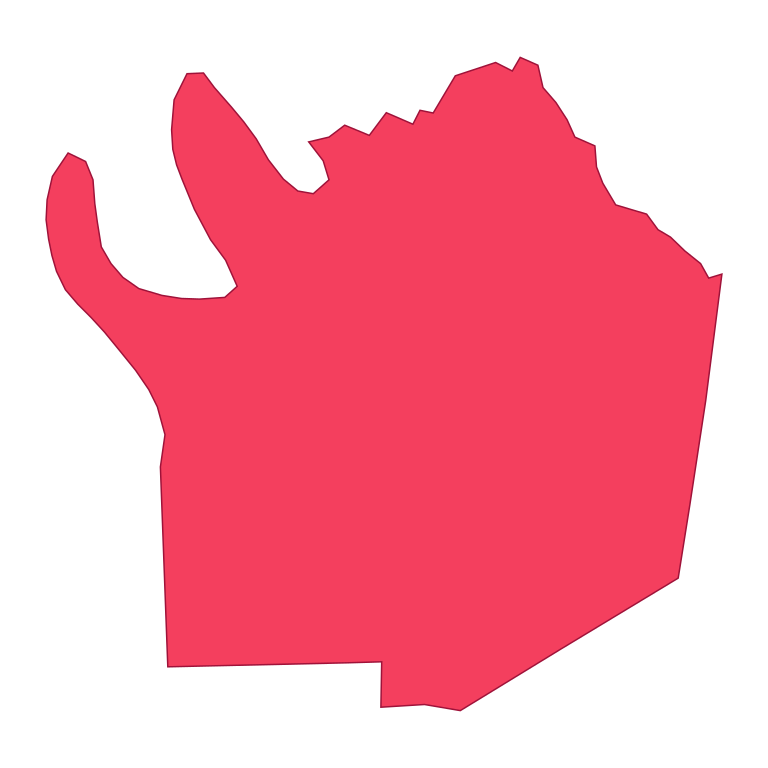 Nova Itaberaba, Santa Catarina, Brazil
{"feature_id": "56859067B19275359391093", "entity_name": "Nova Itaberaba", "entity_type": "district", "adm_level": 2, "iso_a3": "BRA", "parent_name": "Brazil", "parent_adm1": "Santa Catarina", "projection": "equal_earth", "projection_center": [-52.854, -26.96], "detail": "fine", "context": "isolated", "style": "filled", "palette": "rose", "viewbox_px": 768, "rotation_deg": 0, "n_neighbors": 0, "source": "geoboundaries", "source_scale": "gbopen_adm2", "svg_char_len": 1188}
<svg xmlns="http://www.w3.org/2000/svg" viewBox="0 0 768 768"><path d="M721.9,274.1L708.7,278.1L700.6,263.6L684.9,251.0L670.5,237.1L658.0,229.7L646.6,214.1L631.7,209.7L615.7,204.9L602.8,183.2L596.5,166.9L594.9,145.9L574.9,137.1L567.1,119.8L555.9,102.5L543.0,87.6L537.9,65.2L520.2,57.4L512.3,71.0L495.6,62.5L455.3,75.8L433.2,113.0L420.0,110.3L412.9,124.2L386.3,112.7L369.3,135.4L344.7,125.2L329.0,137.1L308.7,141.9L323.2,160.8L329.0,179.8L313.3,193.7L297.8,191.0L283.4,179.1L268.4,159.8L256.2,138.8L243.8,121.9L231.9,107.6L214.4,87.6L203.5,73.0L187.0,73.7L174.1,99.8L171.6,129.7L172.8,149.3L176.6,164.9L182.0,179.1L194.4,209.3L210.6,239.8L225.6,260.2L237.2,286.3L224.8,297.4L199.5,299.1L181.5,298.5L161.9,295.4L138.9,288.6L122.9,277.4L111.0,263.6L101.3,246.9L97.3,221.9L94.8,203.6L93.0,179.8L85.6,161.5L68.1,153.0L52.4,176.4L47.1,199.8L46.1,219.8L48.6,239.1L51.9,255.4L56.5,271.3L65.4,289.7L77.8,304.2L91.0,317.4L104.4,332.0L119.4,350.3L135.6,370.3L148.8,389.6L157.4,406.9L165.0,434.7L160.4,466.9L167.8,666.8L347.2,662.8L381.7,661.8L380.9,707.2L424.5,704.5L460.3,710.6L561.1,648.9L678.2,578.1L689.9,504.5L705.7,400.8L721.9,274.1Z" fill="#f43f5e" stroke="#9f1239" stroke-width="1.5"/></svg>